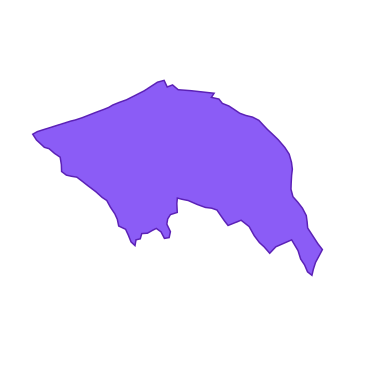 the district of São Leopoldo, Rio Grande do Sul, Brazil, rotated 147°
{"feature_id": "56859067B92701465953780", "entity_name": "São Leopoldo", "entity_type": "district", "adm_level": 2, "iso_a3": "BRA", "parent_name": "Brazil", "parent_adm1": "Rio Grande do Sul", "projection": "equal_earth", "projection_center": [-51.141, -29.742], "detail": "fine", "context": "isolated", "style": "filled", "palette": "violet", "viewbox_px": 384, "rotation_deg": 147, "n_neighbors": 0, "source": "geoboundaries", "source_scale": "gbopen_adm2", "svg_char_len": 1503}
<svg xmlns="http://www.w3.org/2000/svg" viewBox="0 0 384 384"><g transform="rotate(147 192 192)"><path d="M114.0,72.7L114.6,80.1L114.6,98.8L111.7,104.3L109.0,110.0L108.2,118.3L108.8,125.6L109.9,133.1L107.5,140.4L104.3,145.0L99.4,151.7L95.4,156.5L92.4,162.7L89.9,170.8L89.9,178.7L91.2,188.7L93.1,197.0L94.7,203.4L95.8,209.4L96.9,215.7L100.4,221.8L105.2,226.9L109.1,232.1L111.7,238.3L114.2,244.0L118.3,249.8L118.8,255.3L124.2,260.8L119.7,262.8L137.9,277.7L147.9,285.3L150.0,292.4L155.6,293.6L154.6,300.8L161.1,302.9L177.0,302.9L196.7,305.0L204.3,306.8L211.0,308.1L215.8,308.3L221.0,309.3L229.0,311.1L243.6,314.1L250.8,316.0L255.0,317.5L284.1,325.6L288.9,326.9L294.1,327.2L294.1,320.3L291.5,309.9L288.3,306.2L286.3,299.3L283.6,293.0L286.6,286.2L290.2,280.2L288.2,274.6L284.4,270.7L280.5,267.2L278.4,261.3L275.9,254.0L272.5,244.6L270.3,236.4L268.1,231.3L268.7,223.6L268.6,215.8L269.5,209.8L272.0,203.4L268.0,196.9L268.9,190.5L270.3,183.3L269.0,178.1L265.0,182.4L260.9,180.9L256.8,184.5L251.8,181.7L246.3,181.4L241.8,180.9L239.7,175.5L240.4,168.1L236.0,166.2L231.7,170.5L230.6,178.8L227.0,182.7L222.4,184.8L215.5,182.9L211.0,190.6L207.6,194.9L204.4,191.4L199.8,186.9L194.4,178.7L189.2,171.8L184.4,167.8L180.9,163.3L180.7,155.7L180.5,150.1L180.0,144.3L166.2,141.6L162.9,131.9L163.6,121.4L163.0,112.8L161.4,106.8L160.2,98.3L151.6,100.4L134.5,97.6L135.0,85.1L137.4,76.6L137.3,69.6L138.6,62.1L136.8,56.8L132.2,61.2L126.7,65.7L120.1,69.3L114.0,72.7Z" fill="#8b5cf6" stroke="#5b21b6" stroke-width="1.5"/></g></svg>